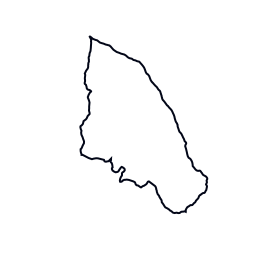 Ruepisa, Wangdi Phodrang, Bhutan, rotated 157°
{"feature_id": "84629894B47901648046717", "entity_name": "Ruepisa", "entity_type": "district", "adm_level": 2, "iso_a3": "BTN", "parent_name": "Bhutan", "parent_adm1": "Wangdi Phodrang", "projection": "equal_earth", "projection_center": [89.954, 27.397], "detail": "fine", "context": "isolated", "style": "outline", "palette": "ink", "viewbox_px": 256, "rotation_deg": 157, "n_neighbors": 0, "source": "geoboundaries", "source_scale": "gbopen_adm2", "svg_char_len": 5740}
<svg xmlns="http://www.w3.org/2000/svg" viewBox="0 0 256 256"><g transform="rotate(157 128 128)"><path d="M181.3,121.4L180.1,120.8L176.0,115.8L173.4,113.4L171.6,113.2L169.1,112.6L167.5,111.8L162.6,108.1L162.6,106.5L162.0,105.9L161.7,105.7L161.1,105.5L160.2,105.4L159.9,105.3L159.6,105.2L159.3,105.1L158.6,105.1L157.8,105.5L156.3,106.1L155.6,106.4L155.9,105.8L156.1,105.2L157.1,104.2L157.2,103.7L157.1,103.0L156.7,102.1L156.8,100.6L157.1,99.4L157.6,97.7L158.5,97.3L158.9,96.4L158.8,94.8L158.3,94.1L157.8,93.2L156.7,92.1L156.0,91.9L154.8,91.7L153.9,91.8L152.8,92.5L152.6,92.7L152.2,93.1L151.1,93.6L150.4,94.2L150.1,94.3L149.8,94.4L149.5,94.5L149.1,94.7L148.8,94.5L148.6,94.2L148.2,93.8L147.9,93.2L147.7,92.9L147.5,92.6L147.3,92.2L147.2,91.9L147.2,91.5L147.3,91.1L147.4,90.7L147.7,90.2L149.2,89.4L150.3,89.3L150.6,89.2L150.9,89.0L151.3,88.6L151.5,88.1L151.6,87.8L151.8,87.3L152.0,86.9L152.3,86.5L152.7,86.3L153.7,85.6L154.0,85.4L155.2,84.1L156.0,82.9L156.3,81.7L155.6,81.2L154.3,81.2L153.5,81.7L153.1,81.6L151.9,81.8L150.5,81.3L149.3,81.0L147.4,79.8L144.9,77.6L143.8,76.6L143.1,75.7L142.8,75.2L142.9,73.1L142.5,72.0L141.3,71.2L140.3,69.7L139.5,68.4L139.0,68.2L138.5,68.4L137.6,68.6L136.8,68.7L135.8,68.6L133.1,69.1L132.5,69.5L132.1,69.7L131.5,70.2L130.8,70.7L130.2,70.8L129.6,70.6L128.5,68.7L125.9,64.2L125.6,63.4L125.6,62.5L125.7,61.3L126.0,60.4L126.0,59.3L126.4,57.9L126.5,55.3L126.2,54.6L125.9,53.3L126.0,52.2L125.9,51.8L125.8,51.5L125.8,51.1L125.8,50.5L125.5,49.5L125.4,48.9L125.4,48.6L125.5,47.6L125.9,46.5L125.9,46.2L125.5,45.1L125.1,42.8L124.9,41.3L124.6,40.3L124.0,39.6L123.0,38.4L122.6,37.7L122.0,36.9L121.6,35.7L121.0,35.1L120.7,34.5L120.3,34.0L119.9,32.9L119.7,32.6L119.4,32.3L119.0,32.0L118.7,31.8L118.3,31.5L117.4,31.3L116.5,31.1L116.1,30.9L115.7,30.6L115.4,30.3L114.9,30.0L114.3,29.8L113.7,29.6L113.3,29.7L112.8,29.8L112.1,30.0L111.5,30.0L110.8,29.8L110.3,29.6L109.7,29.4L108.6,29.2L108.3,29.1L107.6,28.3L107.2,29.0L107.0,29.8L106.7,30.2L106.1,30.7L104.6,31.8L104.1,32.0L103.7,32.1L103.4,32.0L102.0,32.3L100.6,32.6L99.4,32.1L98.9,32.0L98.6,32.1L97.7,32.5L96.8,33.0L96.5,33.1L95.8,33.2L95.3,33.4L94.9,33.6L94.4,34.0L93.9,34.5L92.8,35.0L91.3,35.6L90.5,36.1L90.3,36.3L89.4,37.3L89.1,37.6L88.4,37.9L88.1,38.1L87.6,38.0L87.2,38.1L86.3,38.5L85.3,38.6L84.9,38.8L84.1,38.7L83.5,38.6L83.0,38.4L82.7,38.5L82.2,38.8L80.8,40.0L80.2,40.3L79.8,40.9L78.2,43.2L78.1,43.6L78.0,44.3L78.1,44.8L78.2,45.2L78.2,45.6L78.0,45.8L77.7,46.1L77.1,46.6L76.7,47.0L76.5,47.4L76.4,47.8L76.3,48.6L76.1,49.0L75.6,49.5L75.3,49.7L75.1,49.9L74.8,50.5L74.7,51.0L74.9,52.1L75.2,52.9L75.7,53.6L76.9,55.1L77.3,55.8L77.4,56.2L77.4,56.8L77.5,57.3L77.6,57.9L77.8,58.3L77.9,58.9L77.9,59.2L78.2,60.1L78.3,60.4L78.7,60.7L79.2,60.9L79.5,61.0L80.2,61.1L81.5,62.2L82.2,63.8L82.7,65.8L83.3,67.6L82.7,69.4L82.3,71.3L82.3,73.2L82.7,75.3L83.8,76.9L84.0,78.6L83.7,80.8L83.3,82.7L82.9,85.1L82.7,86.2L82.6,87.7L82.5,88.3L82.5,88.8L82.2,89.3L81.9,89.8L80.9,90.6L80.5,91.0L80.3,91.6L80.3,92.1L80.6,92.8L81.0,93.8L80.8,95.9L81.0,98.0L81.0,99.5L81.1,100.8L81.1,101.3L81.2,102.0L81.4,102.6L81.6,103.3L81.9,103.9L82.1,104.6L82.0,106.6L81.9,107.2L81.8,109.1L81.7,110.0L81.4,110.8L81.3,111.4L81.1,111.8L81.2,112.3L81.1,112.9L81.4,114.4L81.5,115.6L81.2,118.5L80.8,120.5L80.7,122.4L80.8,124.3L80.8,126.0L81.0,127.6L81.2,128.1L81.4,128.6L81.4,129.0L81.6,129.5L81.8,129.8L82.0,130.3L82.4,131.7L82.6,132.6L83.2,133.6L83.5,134.9L83.8,136.3L84.0,137.0L84.1,137.6L84.3,138.3L84.5,138.8L84.7,139.6L85.0,140.2L85.0,140.8L85.1,141.4L85.0,142.0L84.8,142.7L84.8,143.4L84.7,143.9L84.5,144.5L84.5,145.1L84.4,145.8L84.4,146.3L84.3,146.7L84.3,147.3L84.1,148.9L84.1,149.4L84.3,150.1L84.6,150.6L84.8,151.1L85.0,151.6L85.2,152.7L85.4,154.0L85.6,154.7L86.3,156.2L86.5,156.8L87.0,158.2L87.2,158.8L87.3,159.4L87.7,160.1L87.8,160.8L88.1,161.2L88.4,163.4L88.3,165.6L88.2,167.5L88.7,169.5L89.6,170.8L89.8,172.7L89.6,175.1L89.6,177.3L90.0,179.2L90.5,181.0L91.1,182.7L91.7,184.6L93.6,186.0L94.7,187.3L96.4,188.5L97.4,190.3L99.5,191.8L100.6,193.3L101.4,195.2L102.6,197.0L105.4,199.2L106.6,200.5L108.7,202.4L109.8,204.1L110.8,205.7L112.0,209.3L112.0,209.6L112.5,210.4L112.8,211.2L113.4,211.6L114.6,212.6L115.6,213.3L116.1,213.7L117.4,215.1L119.3,216.6L120.5,217.7L121.3,219.2L122.1,220.7L123.6,221.9L125.5,223.8L126.5,225.9L127.7,227.7L127.5,226.4L127.4,225.0L127.4,224.5L127.4,223.7L127.5,223.3L127.8,222.8L128.1,222.5L128.2,222.1L128.5,221.1L128.7,220.7L129.1,219.8L129.4,219.3L129.6,218.9L130.7,216.7L131.0,216.1L132.4,213.6L132.9,213.0L133.8,212.2L134.1,211.8L134.8,210.7L135.0,210.2L135.7,209.2L136.2,208.9L136.7,208.2L137.2,206.8L137.2,206.4L137.5,205.9L137.7,205.2L138.1,204.3L139.0,203.4L139.4,202.8L139.5,202.4L139.7,202.0L140.0,201.7L140.6,200.2L141.1,199.3L141.3,199.1L141.8,198.5L142.4,198.1L142.7,198.0L143.2,197.7L144.4,196.9L144.9,196.5L145.2,196.1L145.5,195.9L145.8,195.6L146.2,195.3L146.5,195.0L146.5,194.6L146.5,194.1L146.7,193.5L146.9,193.0L147.3,192.4L147.6,191.8L148.0,191.2L148.3,190.6L148.6,189.8L148.7,189.2L148.9,188.8L149.1,188.1L149.4,187.6L150.1,186.7L150.4,186.1L150.5,185.7L150.4,185.2L150.2,184.9L149.9,184.4L149.9,183.7L150.0,182.6L150.1,181.9L150.4,180.9L150.4,180.2L150.1,179.3L149.6,178.7L148.8,178.2L148.4,177.8L147.9,177.0L147.6,176.2L147.8,175.9L148.6,175.9L149.1,175.5L150.0,174.9L151.4,173.8L152.3,172.8L152.9,172.2L153.1,171.4L153.1,170.0L153.2,168.1L153.5,166.4L155.4,162.9L156.0,161.4L157.1,159.3L157.5,156.7L158.0,155.8L160.4,154.8L162.3,153.0L163.4,152.4L166.2,151.7L167.9,149.4L169.4,148.6L171.0,148.2L171.5,147.5L171.9,145.5L171.9,143.7L173.0,141.9L173.5,140.0L173.4,137.3L173.6,135.3L173.6,134.3L173.7,132.9L174.5,131.2L176.6,129.5L178.0,128.1L179.1,127.2L179.9,127.0L180.6,125.3L181.0,123.4L180.9,122.4L181.3,121.4Z" fill="none" stroke="#020617" stroke-width="2"/></g></svg>